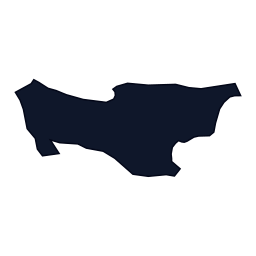 Kobarid, Natural Earth projection
{"feature_id": "SVN-1029", "entity_name": "Kobarid", "entity_type": "Municipality", "adm_level": 1, "iso_a3": "SVN", "parent_name": "Slovenia", "parent_adm1": "", "projection": "natural_earth1", "projection_center": [13.548, 46.244], "detail": "fine", "context": "isolated", "style": "filled", "palette": "ink", "viewbox_px": 256, "rotation_deg": 0, "n_neighbors": 0, "source": "natural_earth", "source_scale": "10m", "svg_char_len": 798}
<svg xmlns="http://www.w3.org/2000/svg" viewBox="0 0 256 256"><path d="M42.5,155.8L37.4,149.1L35.3,138.4L27.2,128.7L23.4,109.2L20.1,100.1L15.4,92.3L31.2,83.7L33.8,79.7L38.8,82.4L48.0,88.3L56.2,90.6L66.1,94.7L83.2,99.5L106.3,102.4L113.7,99.1L115.4,95.5L115.0,91.8L112.9,89.2L116.8,86.4L127.5,83.3L148.3,85.2L175.6,84.4L188.9,87.7L201.1,88.8L235.0,83.6L240.6,95.6L234.5,95.7L229.8,96.9L223.9,102.3L219.6,108.9L215.5,123.0L213.8,132.1L209.5,135.7L198.6,136.0L193.9,137.1L187.0,141.2L184.3,142.2L181.8,141.9L178.5,140.6L175.5,143.2L172.3,147.3L171.1,154.0L171.6,158.6L171.6,161.5L180.1,168.8L174.5,175.9L174.4,176.0L166.2,174.6L148.3,176.3L132.9,174.2L114.7,158.2L103.2,151.2L86.3,148.1L77.8,143.9L59.7,142.7L50.3,139.9L59.1,153.5L42.5,155.8Z" fill="#0f172a" stroke="#020617" stroke-width="1.5"/></svg>